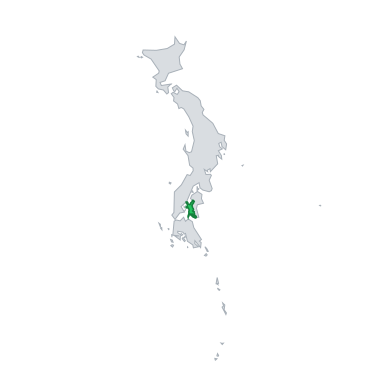 Japan, with Ehime highlighted, rotated 314°
{"feature_id": "JPN-1832", "entity_name": "Ehime", "entity_type": "Prefecture", "adm_level": 1, "iso_a3": "JPN", "parent_name": "Japan", "parent_adm1": "", "projection": "equal_earth", "projection_center": [132.746, 33.592], "detail": "fine", "context": "in_parent", "style": "filled", "palette": "green", "viewbox_px": 384, "rotation_deg": 314, "n_neighbors": 0, "source": "natural_earth", "source_scale": "10m", "svg_char_len": 7000}
<svg xmlns="http://www.w3.org/2000/svg" viewBox="0 0 384 384"><g transform="rotate(314 192 192)"><path d="M253.3,105.5L258.1,106.7L258.2,114.9L261.8,120.1L263.9,130.7L263.4,134.5L260.3,138.8L259.7,143.2L256.4,144.1L255.1,146.4L255.9,159.2L252.3,170.3L255.3,176.6L251.5,179.3L250.6,183.5L245.8,186.9L245.5,182.0L248.0,178.4L245.5,177.5L243.8,180.6L244.1,183.9L240.0,182.3L238.6,187.8L236.3,190.6L235.9,186.1L236.8,185.5L235.0,184.2L230.1,190.9L219.3,191.1L221.3,188.7L218.3,187.9L217.5,189.2L216.8,185.1L214.3,189.9L217.6,193.0L217.4,194.4L212.4,196.2L208.5,204.1L206.4,205.0L204.1,204.2L200.9,198.4L200.6,194.8L203.6,190.6L197.1,188.8L181.9,194.6L173.9,194.3L172.3,200.5L168.4,197.8L160.5,198.8L161.4,193.5L164.7,193.2L179.8,179.3L189.8,179.4L201.1,176.4L202.6,179.2L208.1,178.1L209.9,176.1L209.6,171.7L215.4,163.9L216.7,155.9L221.1,154.2L217.2,159.2L218.4,162.7L220.6,163.7L230.6,157.9L235.7,150.2L240.1,147.0L243.9,137.4L246.1,128.3L245.3,125.5L242.9,124.6L245.3,120.5L244.7,115.5L247.5,113.4L248.3,108.8L250.6,109.2L251.9,113.6L255.2,113.0L256.2,109.1L252.2,109.9L252.1,108.5L253.3,105.5ZM278.0,74.5L286.2,76.7L291.8,72.0L290.2,79.8L292.3,84.0L296.7,83.1L288.7,87.6L280.2,89.0L275.6,94.5L274.1,99.5L261.1,92.6L253.3,95.4L248.6,92.9L247.3,96.0L255.1,101.9L250.6,101.7L247.2,106.1L245.0,105.8L245.5,100.6L242.8,96.2L242.9,92.6L248.0,88.2L247.4,84.0L254.3,85.5L256.3,84.3L259.2,70.2L257.2,62.3L257.8,59.5L260.2,58.2L269.2,68.0L278.0,74.5ZM163.0,203.5L168.0,203.5L166.4,207.7L169.9,208.0L170.9,212.8L167.6,218.1L164.4,231.8L161.8,231.4L162.0,233.7L158.0,236.8L159.0,227.9L156.8,229.8L157.1,234.7L152.8,231.8L154.5,229.3L153.4,222.9L157.7,216.1L156.4,215.7L156.8,213.4L153.9,209.0L152.8,209.9L153.3,213.2L154.7,213.1L154.8,215.1L152.1,214.2L149.3,216.8L148.5,210.5L151.5,213.2L147.6,208.2L158.6,199.4L160.9,200.1L163.0,203.5ZM189.6,194.1L196.2,195.6L197.2,200.8L193.7,203.5L191.9,208.1L186.6,204.7L183.3,206.6L178.6,214.4L175.6,212.3L174.9,205.7L171.2,206.9L177.1,202.4L179.9,197.3L182.4,199.3L186.1,198.3L186.3,195.4L189.6,194.1ZM133.5,294.1L129.6,296.9L128.9,300.8L127.4,301.5L130.1,293.6L131.9,293.9L133.5,291.1L133.5,294.1ZM232.7,147.4L229.5,150.4L229.7,147.3L232.0,144.3L231.6,147.3L232.7,147.4ZM148.0,269.5L144.7,274.6L142.8,273.0L148.0,269.5ZM152.3,221.1L151.1,221.0L151.6,217.4L153.1,217.1L152.3,221.1ZM199.0,194.8L196.5,194.7L199.7,191.6L198.7,193.4L199.0,194.8ZM157.3,246.6L155.6,246.6L155.0,245.0L157.5,245.0L157.3,246.6ZM146.8,191.6L144.8,193.8L146.6,189.8L146.8,191.6ZM160.6,244.9L159.8,244.3L161.6,239.3L161.6,241.7L160.6,244.9ZM138.7,214.0L140.3,214.3L140.9,215.7L138.9,216.3L138.7,214.0ZM145.4,194.9L143.9,196.6L144.2,194.4L145.4,194.9ZM89.4,325.8L87.3,325.7L87.3,325.3L88.2,324.0L89.4,325.8ZM184.0,170.6L182.7,170.9L182.4,169.5L183.3,168.9L184.0,170.6ZM142.7,213.3L141.9,211.9L143.0,209.6L143.7,211.3L142.7,213.3ZM93.5,322.6L92.9,324.7L91.9,324.9L91.4,323.7L93.5,322.6ZM141.0,280.0L140.1,279.9L140.2,277.6L140.6,277.5L141.0,280.0ZM254.6,62.8L253.3,62.4L253.2,61.7L254.2,61.4L254.6,62.8ZM156.0,217.5L154.3,218.7L153.9,218.1L156.0,217.5ZM239.9,98.4L239.2,97.2L240.3,96.7L239.9,98.4ZM172.9,200.1L173.9,199.6L175.2,199.6L172.9,200.1ZM252.3,58.9L252.2,61.0L251.5,58.7L252.3,58.9ZM146.9,207.6L145.5,209.0L147.5,206.6L146.9,207.6ZM105.1,319.6L103.3,319.7L103.5,317.8L104.0,318.7L105.1,319.6ZM149.6,200.7L148.6,201.8L149.0,200.3L149.6,200.7ZM193.2,191.7L192.5,193.1L191.8,191.9L193.2,191.7ZM143.7,274.0L143.4,275.0L143.0,273.7L143.7,274.0ZM241.9,188.6L241.6,189.7L241.4,188.6L241.9,188.6ZM149.4,227.4L148.6,227.7L149.4,226.9L149.4,227.4ZM176.1,196.3L176.2,197.5L175.3,197.4L176.1,196.3ZM246.8,210.1L245.8,210.3L245.8,209.6L246.8,210.1ZM271.5,293.3L271.6,294.6L270.9,293.2L271.5,293.3Z" fill="#d9dde1" stroke="#a8b0b8" stroke-width="1"/><path d="M177.0,212.4L176.9,212.5L176.8,212.4L176.4,212.1L176.2,212.2L175.9,212.1L175.9,212.4L176.0,212.5L175.9,212.7L175.7,212.6L175.4,212.1L175.6,211.9L175.5,211.6L175.7,211.4L175.5,211.0L175.4,210.7L175.1,210.7L174.9,210.6L174.7,211.0L174.7,210.7L174.8,210.4L175.2,210.6L175.4,210.5L175.5,210.4L175.3,210.4L175.4,210.2L175.3,209.9L175.2,209.9L175.4,209.8L175.5,209.8L175.5,209.7L175.2,209.5L175.1,209.4L175.1,209.1L175.3,209.0L175.2,208.9L175.0,208.7L174.9,208.8L174.7,208.9L174.7,208.6L174.9,208.6L175.2,208.6L175.3,208.6L175.3,208.8L175.5,208.9L175.6,209.1L175.7,208.9L175.7,208.7L175.8,208.5L176.0,208.5L176.2,208.3L176.1,208.1L175.9,208.1L176.1,207.9L175.9,207.9L175.8,208.0L175.7,207.8L175.5,207.7L175.7,207.4L175.9,207.3L175.9,207.2L175.6,207.2L174.9,207.4L174.7,207.3L174.6,207.2L174.8,206.9L174.9,206.4L174.8,206.6L174.6,206.5L174.7,206.2L174.8,205.9L174.7,205.8L174.7,205.7L174.8,205.7L174.6,205.3L174.4,205.3L174.2,205.3L173.9,205.3L173.6,205.5L173.3,205.6L173.0,205.8L172.6,206.0L172.3,206.3L172.2,206.5L171.9,206.5L171.9,206.3L171.6,206.5L171.1,206.8L171.2,206.6L171.4,206.4L171.8,206.0L172.2,205.9L172.4,205.9L172.5,205.9L172.4,205.8L172.4,205.7L172.5,205.5L172.8,205.4L173.0,205.4L173.4,205.3L173.7,205.0L174.9,204.4L175.0,204.2L175.1,203.9L175.4,203.6L175.5,203.5L175.7,203.3L176.7,202.8L176.8,202.6L177.1,202.4L177.4,202.1L177.6,201.6L177.6,201.2L177.5,200.8L177.6,200.4L177.7,200.0L177.7,199.7L178.2,199.6L178.2,199.3L178.3,199.0L178.3,198.5L178.6,198.3L179.0,198.0L179.2,197.8L179.7,197.6L179.8,197.4L179.8,197.1L179.6,197.0L179.5,196.9L179.8,197.0L179.9,196.7L180.1,196.9L180.2,197.0L180.3,197.1L180.8,197.8L181.1,198.6L181.2,198.8L181.2,199.0L181.3,199.1L181.5,199.2L181.7,199.3L181.9,199.3L182.2,199.2L182.5,199.1L182.8,199.0L182.9,198.8L183.2,198.7L183.4,198.7L183.6,198.6L183.8,198.6L184.0,198.7L184.5,198.7L185.2,198.9L185.4,198.9L185.6,198.8L185.8,198.7L186.0,198.4L186.1,198.2L186.5,198.2L186.7,198.3L186.8,198.5L186.9,199.4L186.9,199.7L186.8,200.1L186.7,200.3L185.9,200.3L185.5,200.6L185.2,200.7L185.0,200.8L184.6,200.8L184.2,200.9L183.7,200.9L183.4,201.0L183.2,200.9L183.1,201.0L182.8,201.3L182.6,201.4L182.3,201.3L182.2,201.4L182.2,201.5L181.9,201.9L181.6,202.7L181.5,202.8L181.4,203.0L181.2,203.2L181.1,203.3L181.1,203.5L180.9,204.0L180.9,204.4L180.9,204.5L180.5,205.2L180.4,205.3L180.2,205.4L180.0,205.5L178.8,205.5L178.7,205.6L178.7,206.0L178.7,206.3L178.8,206.4L178.9,206.5L179.0,206.6L179.1,206.8L179.3,207.0L179.3,207.4L179.2,207.5L178.6,207.9L178.4,208.1L178.3,208.3L178.2,208.5L178.2,208.8L177.9,209.1L177.7,209.2L177.6,209.6L177.4,209.7L177.2,209.6L177.0,209.3L176.8,209.3L176.8,209.5L177.0,210.1L177.1,210.4L177.1,210.5L177.2,210.8L177.4,211.2L177.3,211.5L177.4,211.9L177.3,212.0L177.1,212.4L177.0,212.4ZM180.5,195.8L180.2,196.0L180.1,195.7L180.4,195.6L180.4,195.4L180.2,195.3L180.4,195.0L180.6,194.8L180.8,194.7L180.9,195.0L181.0,195.4L181.0,195.6L180.8,195.8L180.5,195.8ZM181.4,196.3L181.5,196.2L181.5,196.3L181.4,196.4L180.9,197.0L180.7,197.0L180.7,196.7L180.8,196.5L180.8,196.4L180.8,196.2L181.0,196.0L181.3,196.3L181.4,196.3ZM177.1,198.3L177.1,198.5L177.0,198.8L176.9,199.1L176.7,199.1L176.5,198.9L176.6,198.7L176.8,198.6L177.0,198.4L177.1,198.3Z" fill="#22c55e" stroke="#15803d" stroke-width="1.5"/></g></svg>